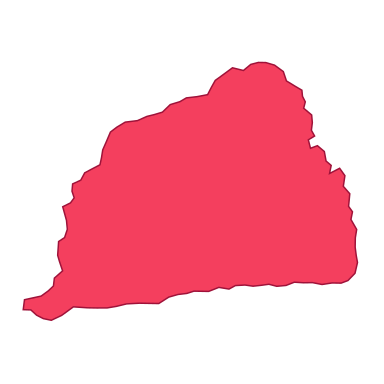 the district of Fazenda Rio Grande, Paraná, Brazil, rotated 91°
{"feature_id": "56859067B87747649596959", "entity_name": "Fazenda Rio Grande", "entity_type": "district", "adm_level": 2, "iso_a3": "BRA", "parent_name": "Brazil", "parent_adm1": "Paraná", "projection": "orthographic", "projection_center": [-49.297, -25.682], "detail": "fine", "context": "isolated", "style": "filled", "palette": "rose", "viewbox_px": 384, "rotation_deg": 91, "n_neighbors": 0, "source": "geoboundaries", "source_scale": "gbopen_adm2", "svg_char_len": 1469}
<svg xmlns="http://www.w3.org/2000/svg" viewBox="0 0 384 384"><g transform="rotate(91 192 192)"><path d="M80.0,170.7L87.3,174.6L94.4,178.1L96.6,188.7L98.0,199.3L101.9,205.7L105.0,215.3L112.7,223.0L115.3,231.2L117.2,238.4L121.6,247.8L123.3,260.0L128.5,268.3L133.5,274.6L142.9,278.4L151.5,282.0L159.4,283.1L166.4,284.5L170.7,292.4L174.7,299.6L182.1,303.4L186.0,311.5L193.3,312.0L199.9,309.7L205.0,313.3L209.0,321.0L222.6,317.0L231.5,316.0L239.8,318.6L243.8,324.5L249.9,324.8L257.6,325.2L263.8,323.3L273.1,320.0L280.5,328.1L288.4,328.9L293.4,334.0L298.7,341.0L302.6,357.6L312.6,358.7L312.7,351.1L317.9,345.2L321.2,338.4L322.7,330.4L317.6,320.1L308.9,308.6L309.6,294.6L309.6,285.3L309.4,274.9L307.7,265.7L305.0,255.4L304.1,242.6L304.1,223.3L297.5,213.4L294.7,204.2L293.5,195.4L291.1,188.3L291.1,173.6L286.9,163.5L288.4,153.3L284.8,147.0L284.1,137.4L285.1,129.3L284.1,121.3L282.9,113.5L284.8,105.6L283.8,96.4L280.4,88.1L280.8,78.9L280.5,70.0L282.2,60.4L280.5,50.4L280.5,41.3L277.8,34.5L270.4,27.6L259.6,25.3L252.6,26.7L244.3,27.9L234.9,27.9L226.6,26.7L216.7,32.6L209.0,31.2L203.6,35.2L191.0,34.2L183.7,40.8L173.0,39.4L165.7,44.8L171.1,54.8L163.0,53.3L158.7,58.5L149.2,60.4L143.5,67.4L146.2,74.3L137.8,76.6L133.9,70.4L128.2,73.7L120.5,72.9L112.9,73.7L106.3,81.8L99.9,80.3L94.4,83.2L88.3,83.9L84.3,91.0L79.3,99.5L70.0,102.8L63.7,111.7L61.3,120.5L61.3,127.9L63.4,135.5L69.6,142.7L67.1,153.7L73.0,161.4L80.0,170.7Z" fill="#f43f5e" stroke="#9f1239" stroke-width="1.5"/></g></svg>